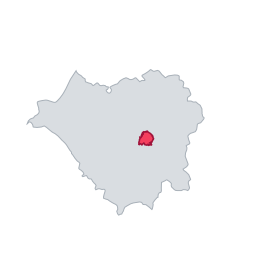 Byerazino, Minsk, Belarus shown in context, rotated 40°
{"feature_id": "67162791B55727051267470", "entity_name": "Byerazino", "entity_type": "district", "adm_level": 2, "iso_a3": "BLR", "parent_name": "Belarus", "parent_adm1": "Minsk", "projection": "orthographic", "projection_center": [28.995, 53.791], "detail": "fine", "context": "in_parent", "style": "filled", "palette": "rose", "viewbox_px": 256, "rotation_deg": 40, "n_neighbors": 0, "source": "geoboundaries", "source_scale": "gbopen_adm2", "svg_char_len": 6480}
<svg xmlns="http://www.w3.org/2000/svg" viewBox="0 0 256 256"><g transform="rotate(40 128 128)"><path d="M198.7,175.1L195.2,175.0L191.0,175.2L188.7,176.9L186.2,176.2L184.4,177.2L180.4,181.8L178.8,184.3L177.4,188.0L176.5,190.8L177.0,192.7L177.8,194.5L178.1,196.4L178.5,197.9L177.5,199.1L176.9,200.7L175.1,200.4L172.9,199.0L172.4,196.8L170.7,195.2L169.6,194.5L167.8,194.4L165.0,195.1L161.2,195.7L158.4,195.9L156.8,196.7L154.5,197.5L153.6,196.6L152.3,194.1L151.3,191.6L150.6,190.5L150.0,190.2L149.2,190.2L148.3,191.0L147.7,191.8L145.3,192.8L144.2,193.7L143.1,196.0L142.3,195.8L141.5,195.3L140.6,192.7L139.4,192.1L137.4,192.0L134.9,191.5L132.9,190.7L132.2,190.9L131.0,191.9L129.7,192.1L126.9,191.1L126.4,191.5L124.7,194.3L123.9,194.4L123.5,194.1L123.8,191.6L122.1,190.7L119.4,190.5L117.4,190.8L116.5,190.7L116.0,190.2L113.8,186.0L112.5,185.7L110.3,185.9L107.0,185.3L103.2,184.2L101.1,183.8L100.1,182.8L97.7,182.4L91.5,180.4L89.0,180.0L85.2,179.8L79.5,179.1L75.8,179.2L74.0,179.6L72.0,179.9L65.2,179.9L62.7,180.2L62.0,181.1L61.0,182.9L58.0,186.0L55.1,188.0L54.6,188.1L53.1,186.9L51.8,186.4L50.2,186.1L49.1,186.4L48.3,186.9L48.2,189.4L48.1,189.7L47.1,186.6L47.4,183.9L48.2,182.4L49.1,181.0L48.9,178.9L49.9,176.2L50.1,174.2L49.8,173.3L49.2,172.2L47.5,171.0L46.8,170.1L44.5,168.7L42.3,167.1L41.9,166.2L42.1,165.6L42.6,164.7L44.6,162.2L46.8,159.7L48.1,158.7L54.9,155.9L56.0,154.8L56.4,152.8L56.6,148.8L56.4,145.1L56.1,142.6L55.2,137.8L52.6,127.7L51.4,117.5L52.6,118.2L55.6,118.6L58.1,118.1L59.4,118.1L60.5,118.4L63.7,118.0L64.5,119.0L65.8,119.9L68.7,118.9L71.3,117.7L73.9,118.0L74.3,117.3L75.1,113.7L75.9,113.0L79.0,113.5L80.2,112.9L81.5,111.2L83.3,110.2L84.8,110.3L86.5,109.2L87.2,110.0L87.5,111.5L86.9,112.7L87.1,113.2L88.2,113.8L90.1,113.9L91.3,113.4L91.6,112.8L91.7,111.5L91.4,110.4L90.7,109.3L89.2,108.8L88.2,108.7L88.0,108.1L88.4,106.7L89.5,104.3L90.7,102.1L91.4,101.3L91.6,100.5L91.5,99.1L91.6,96.7L92.8,93.3L94.2,90.8L96.1,90.1L98.3,89.7L99.7,88.5L100.5,87.2L101.2,85.0L101.9,84.5L107.2,85.0L108.0,82.8L108.5,82.2L109.5,81.6L110.3,80.8L110.0,80.2L108.7,79.8L105.6,79.4L104.9,78.6L105.2,77.7L106.1,75.5L107.0,72.6L107.5,70.3L107.6,69.0L108.0,68.6L110.6,68.3L111.5,67.9L113.7,64.8L115.4,64.4L119.7,65.3L121.7,65.3L124.2,65.5L124.4,65.2L125.4,62.2L129.7,57.3L132.0,55.7L133.4,55.3L133.9,55.4L136.1,58.0L136.7,58.1L138.2,57.1L140.8,57.0L142.0,57.9L143.7,61.1L144.6,61.5L147.2,59.7L148.6,59.1L149.5,59.1L154.3,61.6L154.7,62.4L154.7,63.3L154.0,66.2L155.0,67.9L156.2,69.1L158.6,67.1L159.5,66.6L160.5,66.5L161.9,65.8L162.8,64.7L163.8,64.3L165.5,64.5L168.7,64.2L172.5,65.9L172.8,66.4L174.7,68.4L175.4,69.4L176.0,69.7L177.1,70.7L178.4,71.3L179.3,71.1L179.8,71.4L180.2,72.1L180.3,73.5L180.3,77.3L179.0,79.3L178.8,80.0L178.9,80.9L180.0,82.5L181.5,85.0L181.8,86.5L181.9,87.6L180.0,90.9L179.4,91.7L179.0,93.3L178.9,95.0L179.0,95.7L182.3,98.2L184.7,99.5L185.2,100.2L185.3,100.6L184.1,103.5L184.0,104.2L185.9,105.3L187.1,107.1L188.1,110.1L190.0,112.9L196.9,116.8L197.6,117.5L197.8,118.4L197.7,120.4L196.6,124.1L197.8,124.6L200.8,124.4L204.5,124.7L209.0,127.1L209.0,128.3L208.6,129.4L209.0,130.5L209.5,131.4L213.5,134.2L213.9,135.0L214.1,136.4L214.0,137.5L213.0,137.8L211.8,138.3L209.9,139.7L209.2,141.5L206.2,144.1L204.3,145.3L202.8,145.4L199.1,145.1L197.7,143.9L197.2,142.8L195.7,142.4L193.9,142.4L191.3,142.7L190.8,143.0L190.4,144.4L189.3,146.8L188.6,148.1L192.1,152.6L193.8,154.5L194.4,155.6L194.4,156.4L193.6,157.4L193.8,159.4L195.5,161.9L195.0,162.3L194.9,165.5L195.1,168.9L195.5,169.7L196.4,170.4L197.2,171.6L198.6,174.3L198.7,175.1Z" fill="#d9dde1" stroke="#a8b0b8" stroke-width="1"/><path d="M154.0,119.5L153.9,119.5L153.6,119.5L153.5,119.4L153.4,119.3L153.3,119.2L153.1,119.2L152.9,119.1L152.9,118.9L152.8,118.7L152.7,118.6L152.4,118.6L152.2,118.8L151.9,118.8L151.8,118.7L151.9,118.3L151.9,118.2L151.7,118.0L151.5,117.9L151.2,117.9L151.0,118.0L150.7,118.0L150.3,118.2L150.2,118.2L150.0,117.9L149.8,117.8L149.7,117.8L149.4,117.8L149.1,117.9L148.9,117.9L148.7,117.9L148.4,117.8L148.2,117.8L147.8,117.9L147.6,118.0L147.3,118.1L147.1,118.1L146.9,118.1L146.5,118.1L146.0,118.1L145.8,118.2L145.7,118.2L145.5,118.3L145.4,118.4L145.2,118.3L145.1,118.2L144.9,118.0L144.7,118.2L144.6,118.3L144.5,118.5L144.3,118.6L144.2,118.7L144.2,118.8L144.2,119.0L144.1,119.3L144.2,119.5L144.3,119.6L144.1,119.7L143.9,119.6L143.7,119.6L143.5,119.9L143.3,120.1L143.1,120.3L143.0,120.6L142.9,120.7L142.7,120.7L142.4,120.8L142.4,121.0L142.5,121.1L142.8,121.2L142.9,121.3L142.8,121.5L143.0,121.6L143.0,121.8L142.8,121.9L142.6,121.9L142.3,121.8L142.2,121.8L142.0,122.1L142.2,122.3L142.5,122.3L142.6,122.5L142.6,122.8L142.8,123.0L143.0,122.9L143.3,122.8L143.5,122.8L143.6,123.0L143.3,123.2L143.1,123.3L142.9,123.4L142.7,123.6L142.4,123.9L142.4,124.0L142.6,124.2L142.8,124.4L143.0,124.6L143.3,124.6L143.5,124.4L143.7,124.5L143.6,124.8L143.4,124.9L143.3,125.0L143.2,125.0L143.2,125.3L143.3,125.2L143.5,125.2L143.7,125.3L143.8,125.5L144.0,125.6L143.9,125.8L143.7,126.0L143.8,126.2L143.9,126.3L144.0,126.4L144.0,126.6L144.0,126.8L144.1,127.0L143.8,127.4L143.7,127.5L143.5,127.8L143.3,127.8L143.5,128.0L143.8,128.2L144.0,128.3L144.1,128.5L144.1,128.8L144.1,129.1L144.3,129.4L144.3,129.7L144.4,129.8L144.6,130.1L144.9,130.3L145.1,130.6L145.1,130.9L145.1,131.0L145.2,131.3L145.3,131.5L145.5,131.8L145.5,132.0L145.8,132.2L146.1,132.5L146.3,132.8L146.5,133.2L146.6,133.4L146.8,133.6L147.0,133.6L147.4,133.4L147.3,133.0L147.3,132.8L147.2,132.4L147.3,132.2L147.5,132.2L147.9,131.9L148.2,132.0L148.5,132.1L149.0,132.1L149.4,132.1L149.6,131.9L149.5,131.5L149.4,131.4L149.4,131.0L149.4,130.8L149.5,130.7L149.8,130.2L149.7,129.6L149.8,129.3L150.0,129.3L150.6,129.4L150.9,129.5L151.1,129.7L151.3,129.9L151.8,130.0L152.1,129.7L152.3,129.6L152.5,129.5L152.7,129.4L152.8,129.2L153.0,129.1L153.4,129.1L153.6,128.9L153.7,128.6L153.8,128.4L153.9,128.1L153.9,127.9L153.8,127.6L154.1,127.5L154.3,127.6L154.4,127.8L154.6,128.1L154.8,128.1L154.9,127.6L155.2,127.3L155.5,127.2L155.4,126.8L155.1,126.8L154.9,126.6L155.1,126.3L155.4,126.3L156.0,126.4L156.4,126.3L156.7,126.2L156.9,125.9L156.8,125.6L156.5,125.5L156.1,125.4L155.9,125.3L155.8,125.1L155.5,125.1L155.0,125.0L154.5,125.0L154.6,124.9L154.8,124.7L154.9,124.4L154.7,124.2L155.0,124.0L155.3,124.0L155.4,123.7L155.2,123.5L154.9,123.3L154.9,123.2L155.1,123.1L155.1,122.7L155.0,122.2L154.8,121.9L154.8,121.6L154.8,121.4L154.8,121.2L154.6,121.0L154.5,120.8L154.6,120.5L154.7,120.4L154.6,120.1L154.5,119.8L154.3,119.8L154.0,119.5Z" fill="#f43f5e" stroke="#9f1239" stroke-width="1.5"/></g></svg>